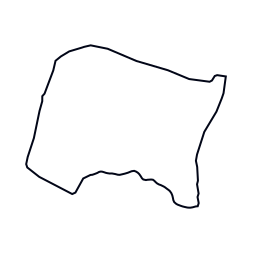 Santo Domingo Xenacoj, Sacatepéquez, Guatemala (Robinson projection), rotated 199°
{"feature_id": "79465075B12925018589584", "entity_name": "Santo Domingo Xenacoj", "entity_type": "district", "adm_level": 2, "iso_a3": "GTM", "parent_name": "Guatemala", "parent_adm1": "Sacatepéquez", "projection": "robinson", "projection_center": [-90.711, 14.68], "detail": "fine", "context": "isolated", "style": "outline", "palette": "ink", "viewbox_px": 256, "rotation_deg": 199, "n_neighbors": 0, "source": "geoboundaries", "source_scale": "gbopen_adm2", "svg_char_len": 1221}
<svg xmlns="http://www.w3.org/2000/svg" viewBox="0 0 256 256"><g transform="rotate(199 128 128)"><path d="M36.6,76.7L36.7,80.0L39.8,85.4L39.9,89.0L44.4,97.3L44.7,100.9L49.9,113.7L53.1,119.1L54.1,125.4L54.6,149.2L49.7,172.3L49.0,186.5L49.0,192.0L52.3,208.6L60.9,207.0L62.9,205.4L64.1,200.2L65.9,198.3L86.1,194.2L109.0,195.6L141.8,194.1L173.0,196.3L190.2,194.0L195.8,190.5L197.9,188.9L208.5,181.3L214.7,173.9L218.4,168.0L217.4,158.1L218.1,133.3L219.4,130.2L217.8,125.4L217.2,115.3L213.7,87.8L213.4,67.9L212.5,60.7L210.4,57.9L196.0,52.9L159.3,47.4L156.7,49.8L153.9,65.7L148.2,71.4L146.6,72.1L145.4,73.0L143.8,74.3L142.3,75.6L141.2,76.9L139.9,77.8L138.3,78.3L136.1,78.4L134.3,78.4L132.6,78.6L130.5,79.0L128.4,79.8L125.1,80.3L122.4,80.5L120.6,81.0L118.5,82.3L116.0,83.9L113.5,85.7L110.5,88.3L108.2,89.5L106.1,89.4L104.1,88.9L102.4,88.1L100.2,86.5L98.4,85.0L96.8,84.3L94.1,84.6L92.7,85.4L89.4,86.8L87.6,87.2L86.0,86.7L84.2,85.8L82.5,85.1L80.4,84.7L78.5,84.7L75.2,84.3L73.8,84.0L71.7,83.3L69.4,82.6L67.9,82.0L65.8,80.5L64.1,78.6L62.7,76.4L61.6,74.5L60.2,73.0L57.8,72.0L56.2,71.7L53.1,71.6L51.0,71.6L48.7,71.8L46.1,72.1L44.5,72.5L43.0,73.0L41.0,74.1L38.4,75.9L36.6,76.7Z" fill="none" stroke="#020617" stroke-width="2"/></g></svg>